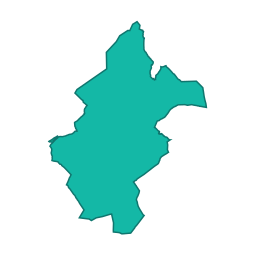 outline of Nome nor, Telemark, Norway, rotated 264°
{"feature_id": "86288312B14139397514158", "entity_name": "Nome nor", "entity_type": "district", "adm_level": 2, "iso_a3": "NOR", "parent_name": "Norway", "parent_adm1": "Telemark", "projection": "mercator", "projection_center": [9.16, 59.264], "detail": "fine", "context": "isolated", "style": "filled", "palette": "teal", "viewbox_px": 256, "rotation_deg": 264, "n_neighbors": 0, "source": "geoboundaries", "source_scale": "gbopen_adm2", "svg_char_len": 5552}
<svg xmlns="http://www.w3.org/2000/svg" viewBox="0 0 256 256"><g transform="rotate(264 128 128)"><path d="M43.8,70.2L41.5,79.9L39.8,81.9L42.0,87.1L42.6,93.4L44.0,100.8L44.1,102.7L35.2,103.7L27.8,102.7L26.1,102.6L25.1,107.5L24.9,108.0L24.9,108.4L24.7,108.6L24.6,108.9L24.4,109.2L24.3,109.5L24.0,109.7L23.9,110.1L23.4,110.8L23.3,113.0L23.3,113.9L23.2,119.7L27.8,124.1L28.8,124.7L30.5,126.6L39.3,134.9L40.2,133.9L45.9,131.2L48.6,130.1L50.2,129.7L51.5,129.6L51.9,129.4L52.9,129.5L54.4,129.2L55.1,128.9L55.8,128.8L56.5,129.1L57.6,129.4L59.3,130.6L62.2,132.1L64.3,132.8L69.1,130.3L69.9,130.0L70.7,129.4L71.9,128.9L73.7,127.8L74.7,129.3L75.0,129.6L75.1,130.6L76.3,131.7L76.9,132.7L79.4,137.5L80.1,138.9L86.0,148.4L87.1,150.2L88.9,153.5L89.5,154.4L90.4,155.0L91.4,155.4L92.6,156.2L93.4,156.4L94.3,156.8L94.6,156.9L94.7,157.1L94.8,157.2L95.4,157.8L95.8,158.0L96.8,159.9L97.1,160.6L97.4,161.1L98.0,162.4L98.1,162.7L98.8,164.2L99.3,164.9L99.6,165.7L102.3,164.9L107.0,165.7L110.1,165.5L111.8,168.7L111.9,167.9L112.1,167.8L112.1,167.6L113.2,166.8L113.3,166.6L113.5,166.3L114.1,166.3L114.6,165.8L114.9,165.3L115.1,164.7L115.1,164.2L116.1,163.3L116.3,163.2L116.3,162.7L116.7,162.3L117.0,162.3L117.7,161.9L118.2,161.2L118.4,161.1L118.8,161.0L118.9,160.8L118.9,160.4L118.6,160.1L118.7,159.8L118.4,159.7L118.5,159.2L118.9,158.6L118.7,158.5L118.7,158.4L119.0,158.2L119.2,157.9L119.4,157.9L119.7,158.1L119.9,158.4L119.9,158.6L120.2,158.4L120.3,158.3L120.6,158.3L120.6,158.5L120.8,158.7L120.8,158.8L121.1,158.9L121.4,158.8L121.8,158.0L122.2,157.7L122.4,157.4L123.1,156.9L123.6,156.6L124.9,155.5L125.4,155.2L125.5,155.1L125.4,154.9L125.8,154.4L131.8,157.7L132.0,158.2L132.1,159.6L132.3,160.0L132.8,160.5L133.4,161.8L133.7,162.9L134.5,164.6L134.8,165.5L135.8,166.6L137.1,167.8L137.5,168.1L137.6,168.4L139.2,169.8L140.6,170.8L141.2,171.4L141.7,171.8L142.8,173.3L142.8,173.5L142.9,173.8L143.3,174.1L143.5,174.7L143.8,175.0L143.9,175.4L144.2,176.0L144.3,176.6L144.6,177.3L144.6,177.6L144.8,178.1L145.1,178.4L145.8,180.4L145.3,187.1L144.4,189.5L144.6,193.8L143.9,195.8L143.1,198.8L142.8,199.4L142.7,200.2L142.5,200.7L142.2,201.2L142.1,201.5L142.0,202.2L141.8,202.9L141.7,203.3L140.9,205.9L140.8,206.7L140.5,207.4L140.3,208.1L144.1,208.0L147.7,207.4L151.4,207.0L156.7,206.8L159.3,206.6L159.6,206.7L160.3,206.6L167.4,200.9L168.5,185.9L169.2,185.3L170.5,184.3L170.7,184.0L170.9,183.3L172.2,182.3L174.8,180.8L176.0,180.0L176.6,179.8L176.9,179.1L177.8,178.2L179.1,177.4L182.1,175.2L183.7,173.8L184.8,172.6L185.2,172.4L186.0,172.3L186.0,172.1L185.8,171.7L185.8,171.2L185.6,171.0L185.5,170.5L185.3,170.3L185.3,169.8L185.1,168.3L185.1,168.1L185.3,167.8L185.3,167.5L185.5,167.1L183.5,166.9L181.2,165.3L180.7,164.7L179.2,163.6L178.8,163.3L177.4,161.2L176.8,161.3L175.7,160.8L175.3,160.9L174.9,160.7L174.6,160.4L174.4,160.3L174.0,160.4L173.7,160.3L173.4,160.4L173.4,160.0L173.1,159.5L173.1,159.2L173.4,159.0L173.5,159.0L173.7,158.8L174.1,158.5L174.4,158.5L174.3,158.2L174.1,157.8L176.6,155.8L177.0,155.7L177.9,156.0L178.4,156.0L178.7,155.8L180.4,155.6L180.7,155.8L181.5,155.8L182.5,156.0L185.2,157.5L185.7,157.6L186.8,157.4L188.3,157.9L188.4,158.0L188.1,158.5L188.7,159.0L189.3,159.5L189.8,159.7L191.0,160.0L192.0,159.3L193.1,158.4L193.5,158.1L194.0,158.0L194.5,157.6L194.7,157.3L194.8,157.3L195.2,157.1L195.4,156.8L196.1,156.3L196.3,156.3L196.7,156.1L196.9,155.7L197.4,155.5L197.7,155.2L198.8,154.9L199.4,154.6L200.0,154.2L201.3,153.8L201.9,153.1L202.8,152.6L204.7,152.0L205.8,152.2L208.1,152.3L211.1,152.6L214.5,153.1L214.8,153.3L215.0,153.2L215.2,153.5L215.7,153.6L215.9,153.4L216.2,153.0L216.9,152.6L217.1,152.5L217.8,152.6L218.4,152.4L219.2,152.8L220.0,152.8L220.3,152.7L220.6,152.8L221.1,153.1L221.4,153.2L222.3,153.5L222.5,153.2L223.0,153.0L222.8,152.9L223.1,152.7L223.3,152.5L223.4,152.1L223.9,151.9L225.2,149.6L228.9,150.6L232.8,148.1L230.6,143.5L224.7,140.0L225.0,138.0L220.6,129.4L215.1,125.4L205.5,114.4L189.0,113.0L171.6,81.3L168.3,78.9L161.0,84.9L160.7,85.4L160.3,85.6L160.1,86.2L159.6,86.2L158.6,86.1L158.2,86.4L157.9,86.6L156.5,88.1L155.5,88.9L155.5,89.0L154.8,89.7L153.1,88.1L152.7,87.9L151.6,86.9L150.9,86.6L149.1,86.3L147.0,86.4L146.9,86.3L146.8,86.1L146.8,85.9L146.3,85.9L146.2,85.7L145.8,85.3L145.7,85.2L145.5,84.7L144.6,83.9L144.5,83.5L144.1,83.0L143.9,82.6L143.8,82.4L143.0,81.5L142.2,80.3L141.7,80.0L141.2,79.2L140.3,78.1L139.6,76.5L139.1,75.5L138.2,75.4L135.2,75.4L133.6,76.0L133.1,75.9L131.5,76.8L130.2,76.9L130.4,75.2L129.5,74.0L129.0,73.6L127.9,71.5L127.8,70.6L127.8,70.4L127.8,69.6L127.7,68.7L127.3,67.5L127.0,66.1L126.7,65.4L126.5,64.6L126.5,63.7L126.2,62.2L126.6,59.5L126.5,58.6L126.4,58.3L126.0,57.5L125.4,56.9L124.1,54.9L123.9,54.5L122.8,53.4L122.3,52.5L123.2,52.3L123.4,53.0L124.0,53.8L125.0,54.6L125.4,55.2L125.8,55.6L126.3,56.6L126.7,57.0L126.8,57.2L127.1,57.2L127.3,57.1L127.4,56.9L126.9,56.3L125.8,53.4L124.9,52.0L124.1,50.5L123.0,48.0L122.9,47.9L122.6,48.3L122.4,48.4L122.4,48.9L122.2,49.9L121.7,51.5L121.8,51.7L121.7,52.0L120.8,51.0L120.0,49.9L119.0,49.1L118.0,48.5L116.8,49.3L115.8,49.7L115.2,49.9L114.6,49.9L113.4,49.7L111.2,49.0L109.1,49.3L108.5,49.6L107.9,49.7L107.3,49.7L106.9,49.5L105.4,49.5L104.8,49.3L103.8,49.1L103.6,49.0L102.9,50.6L102.3,52.9L101.9,54.2L101.6,54.9L100.7,55.3L99.5,56.3L99.2,56.4L98.9,57.5L98.5,57.9L98.1,58.1L97.6,58.2L95.5,60.4L89.0,65.4L88.1,66.0L87.5,66.5L85.5,65.3L84.2,64.3L83.6,64.1L80.9,62.7L77.9,60.9L77.2,62.0L76.5,62.4L74.9,62.7L73.6,63.8L67.6,67.1L66.8,67.9L65.8,68.4L63.9,69.0L63.4,69.4L62.7,69.8L61.9,70.1L60.4,71.1L58.1,72.0L51.1,75.7L43.8,70.2Z" fill="#14b8a6" stroke="#0f766e" stroke-width="1.5"/></g></svg>